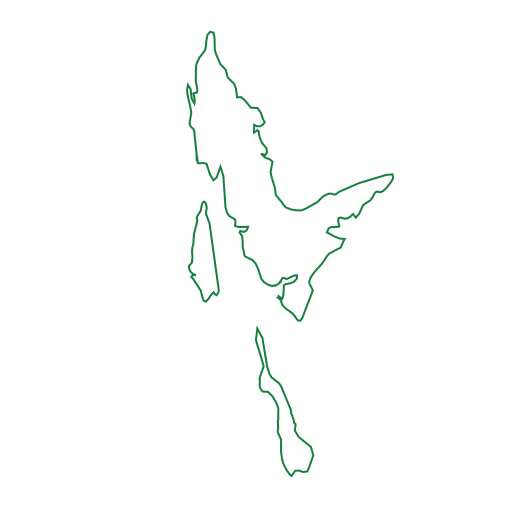 the border of Masbate, rotated 206°
{"feature_id": "PHL-2540", "entity_name": "Masbate", "entity_type": "Province", "adm_level": 1, "iso_a3": "PHL", "parent_name": "Philippines", "parent_adm1": "", "projection": "mercator", "projection_center": [123.509, 12.44], "detail": "fine", "context": "isolated", "style": "outline", "palette": "green", "viewbox_px": 512, "rotation_deg": 206, "n_neighbors": 0, "source": "natural_earth", "source_scale": "10m", "svg_char_len": 3708}
<svg xmlns="http://www.w3.org/2000/svg" viewBox="0 0 512 512"><g transform="rotate(206 256 256)"><path d="M392.1,419.2L393.2,423.3L395.2,428.3L396.5,433.4L395.5,437.5L392.1,438.1L388.8,433.7L383.6,423.5L380.5,420.0L372.1,412.8L364.9,410.1L359.6,404.0L351.1,401.2L347.4,397.7L342.5,390.3L339.2,392.2L334.7,391.2L325.5,387.0L319.7,389.7L314.4,386.9L310.0,382.3L306.7,379.9L307.7,376.7L309.3,374.4L311.7,373.1L315.1,373.1L311.9,366.1L310.4,368.4L310.1,369.5L308.5,369.5L306.4,366.4L303.4,363.0L300.1,360.2L293.6,357.3L291.5,353.8L292.0,350.6L296.4,350.2L291.0,348.5L286.1,348.9L282.5,348.1L279.8,338.0L276.6,333.8L269.1,325.8L265.5,320.4L263.8,318.9L256.6,315.8L254.7,314.5L250.3,312.7L244.4,313.3L238.6,315.2L235.0,317.1L232.1,320.3L224.5,331.3L222.2,338.1L220.2,341.3L217.8,344.0L215.4,345.1L212.5,345.5L211.2,346.6L209.4,350.2L195.6,366.4L174.6,385.9L169.2,389.2L166.7,386.0L167.2,380.9L168.5,374.8L170.4,369.7L172.7,367.5L175.5,367.0L176.7,365.3L177.0,362.9L177.0,359.9L177.5,356.5L179.0,353.9L180.6,351.4L182.0,348.6L181.8,339.0L183.2,334.3L187.2,336.3L188.5,332.8L190.2,330.1L192.8,328.3L196.7,327.7L198.4,326.4L197.5,323.5L194.1,318.9L197.6,316.6L200.8,315.2L202.8,312.9L202.6,308.3L194.0,307.9L188.4,308.4L183.7,310.2L183.9,308.4L183.6,300.6L183.9,300.0L184.5,299.6L191.4,290.0L192.2,286.6L193.1,279.0L196.7,266.2L197.5,260.3L197.0,256.3L195.6,254.3L193.1,252.6L189.8,249.9L187.2,220.3L187.9,217.2L189.7,216.5L192.2,217.4L194.7,218.9L198.4,220.5L205.6,221.7L209.4,222.8L211.8,224.4L213.6,226.4L215.9,227.8L218.2,228.3L217.9,228.7L218.1,229.8L213.7,228.9L214.2,232.8L218.1,242.0L216.7,244.0L213.7,246.1L210.8,249.0L209.4,253.4L210.7,256.6L213.6,254.8L218.1,248.9L218.7,248.7L221.3,248.5L222.3,248.1L222.7,247.0L222.7,244.6L223.0,243.7L222.5,243.5L223.8,240.5L225.7,237.6L226.6,237.7L228.4,236.0L232.7,235.5L237.5,236.1L241.0,237.7L248.9,245.7L252.8,248.9L257.2,250.8L265.7,250.8L267.0,251.9L269.9,256.0L271.9,258.2L274.2,263.0L277.2,267.8L281.1,270.0L281.1,271.7L278.2,272.0L276.4,273.4L275.6,275.7L275.9,278.8L284.3,274.4L288.0,273.9L289.6,277.9L290.7,279.5L293.2,280.0L296.0,280.0L298.1,280.4L300.8,282.2L302.9,284.2L304.8,286.5L320.5,313.7L327.1,320.6L325.8,309.4L327.4,305.4L333.2,309.2L340.8,317.1L344.3,316.6L347.0,314.7L349.2,314.1L351.0,317.1L351.0,315.4L353.4,320.4L366.5,341.6L368.1,342.7L371.8,343.9L373.3,345.1L374.3,347.3L376.7,355.7L378.0,358.1L388.5,371.3L391.0,375.6L392.1,379.9L388.0,377.3L382.9,369.4L378.3,366.1L379.2,368.8L380.2,370.6L383.6,374.7L380.8,377.0L381.7,379.9L386.9,387.0L393.0,400.0L393.8,403.5L393.8,409.6L392.3,416.5L392.1,419.2ZM199.2,147.7L200.8,160.4L219.3,180.5L223.0,191.4L214.3,185.1L197.5,161.5L192.2,155.9L188.8,153.7L179.5,151.8L175.6,149.3L156.8,132.6L154.8,129.1L153.8,128.8L149.4,124.1L148.8,122.9L146.8,122.2L145.9,120.3L145.3,118.0L144.5,116.1L138.2,112.0L122.9,108.4L117.1,102.0L115.5,87.7L115.6,84.7L119.0,82.5L123.3,82.0L126.6,80.2L127.5,73.9L130.4,74.7L133.7,76.4L139.3,80.4L141.8,82.9L144.1,85.6L147.9,91.5L153.0,102.0L158.9,106.9L159.8,108.1L160.6,111.1L164.1,117.4L164.9,120.5L165.5,121.1L169.3,129.1L173.5,133.0L179.6,137.1L185.8,139.1L190.7,137.1L194.6,139.3L196.3,141.7L197.3,144.5L199.2,147.7ZM325.5,272.6L327.0,277.7L327.3,280.8L326.3,282.2L324.3,281.4L322.4,279.3L321.0,276.8L320.4,274.3L319.3,271.9L311.9,264.7L274.6,209.2L273.9,206.8L274.2,203.5L275.9,203.5L278.2,204.8L279.3,201.4L280.0,196.4L281.1,193.0L283.4,193.0L286.2,195.5L290.5,200.7L302.8,208.1L304.9,208.8L304.7,210.5L304.0,211.4L301.5,212.3L305.0,212.3L307.9,213.2L310.2,214.9L311.9,217.5L310.7,222.0L312.6,227.1L315.5,232.0L317.0,235.9L317.8,239.9L321.3,248.2L324.1,261.6L324.7,262.8L326.0,264.0L326.2,266.8L325.5,272.6Z" fill="none" stroke="#15803d" stroke-width="2"/></g></svg>